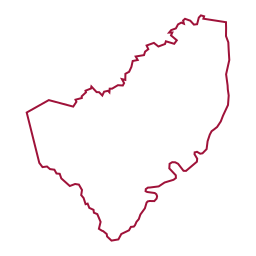 Inarajan, Guam (Mercator projection)
{"feature_id": "77769853B63444042999452", "entity_name": "Inarajan", "entity_type": "district", "adm_level": 2, "iso_a3": "GUM", "parent_name": "Guam", "parent_adm1": "", "projection": "mercator", "projection_center": [144.738, 13.293], "detail": "fine", "context": "isolated", "style": "outline", "palette": "rose", "viewbox_px": 256, "rotation_deg": 0, "n_neighbors": 0, "source": "geoboundaries", "source_scale": "gbopen_adm2", "svg_char_len": 1851}
<svg xmlns="http://www.w3.org/2000/svg" viewBox="0 0 256 256"><path d="M26.7,112.5L39.3,162.9L42.5,167.1L47.0,166.5L50.0,169.1L54.4,169.7L56.5,173.5L59.7,173.8L61.3,178.4L69.8,186.0L75.1,184.0L78.9,184.6L82.0,190.0L81.2,195.1L83.6,198.0L85.6,204.2L87.6,203.6L89.3,207.9L93.5,209.8L93.9,212.7L97.3,214.1L100.6,221.9L98.9,228.8L101.9,230.7L103.1,231.1L106.7,234.0L107.1,236.5L111.5,240.6L118.4,239.4L121.3,234.0L129.0,230.3L130.9,226.9L133.8,226.6L135.0,225.2L136.5,221.8L138.8,219.1L140.4,214.5L144.9,208.3L146.6,202.6L147.7,201.4L148.8,201.2L149.5,201.0L154.3,201.1L156.6,198.6L157.1,196.2L156.3,194.2L154.7,193.0L147.2,192.0L145.6,191.2L145.8,189.1L147.9,187.6L150.0,187.5L158.7,186.4L164.6,182.5L173.5,179.8L175.9,178.0L175.8,175.3L169.3,168.4L169.6,163.8L172.2,162.2L175.2,162.3L178.1,163.8L183.5,170.8L186.0,170.9L196.9,161.7L197.2,158.7L194.5,154.2L194.7,152.4L194.9,152.4L197.0,151.8L200.2,153.7L202.5,153.3L206.6,149.1L207.4,142.8L207.6,141.2L209.6,135.2L209.8,134.6L211.6,131.2L213.8,129.6L217.1,127.0L220.8,121.4L223.0,115.7L228.0,105.0L228.7,95.5L227.8,89.4L227.6,85.5L226.1,74.3L227.4,68.5L229.3,60.0L228.7,50.3L228.3,42.3L226.0,36.1L226.1,27.8L226.0,24.2L226.0,22.2L203.4,18.7L204.1,16.3L200.9,15.4L198.8,17.6L197.1,24.2L193.9,24.6L190.3,20.7L185.0,18.8L183.1,20.5L183.9,23.7L181.3,22.6L178.0,24.4L175.9,28.4L171.2,30.1L169.1,32.6L172.3,32.5L171.0,35.4L176.8,40.3L174.2,43.8L165.9,41.3L165.0,44.0L158.4,46.5L153.9,42.9L146.6,45.5L148.3,49.2L145.1,51.6L144.0,55.1L135.7,56.5L137.7,60.0L132.7,61.0L131.4,66.9L129.1,71.8L125.4,73.8L125.3,79.9L121.9,79.1L124.1,83.1L122.8,85.5L117.9,85.2L112.0,88.7L109.7,88.7L109.4,92.3L108.0,90.8L104.1,91.7L102.3,95.5L99.1,92.2L96.6,92.1L91.4,86.5L91.0,88.5L85.5,90.7L86.0,92.3L81.7,96.3L81.8,98.0L75.5,99.7L76.4,101.8L73.2,106.6L48.8,100.1L26.7,112.5Z" fill="none" stroke="#9f1239" stroke-width="2"/></svg>